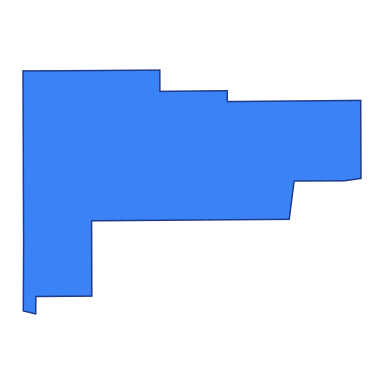 the district of Auglaize, Ohio, United States of America
{"feature_id": "52423323B61073346070608", "entity_name": "Auglaize", "entity_type": "district", "adm_level": 2, "iso_a3": "USA", "parent_name": "United States of America", "parent_adm1": "Ohio", "projection": "natural_earth1", "projection_center": [-84.249, 40.52], "detail": "fine", "context": "isolated", "style": "filled", "palette": "blue", "viewbox_px": 384, "rotation_deg": 0, "n_neighbors": 0, "source": "geoboundaries", "source_scale": "gbopen_adm2", "svg_char_len": 356}
<svg xmlns="http://www.w3.org/2000/svg" viewBox="0 0 384 384"><path d="M35.7,313.9L35.9,296.5L91.8,296.1L91.6,220.8L289.2,219.3L294.1,181.0L344.2,180.8L361.0,178.4L360.7,100.4L227.3,101.6L227.2,90.7L159.9,91.4L159.8,70.1L57.9,70.8L23.0,70.9L23.3,156.9L23.3,167.7L23.6,242.7L23.3,310.9L35.7,313.9Z" fill="#3b82f6" stroke="#1e3a8a" stroke-width="1.5"/></svg>